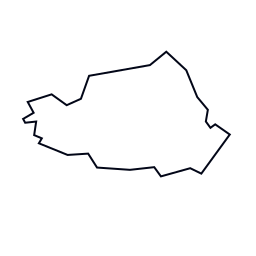 Rumbek Centre, Lakes, South Sudan, rotated 54°
{"feature_id": "79223893B15705410595049", "entity_name": "Rumbek Centre", "entity_type": "district", "adm_level": 2, "iso_a3": "SSD", "parent_name": "South Sudan", "parent_adm1": "Lakes", "projection": "equal_earth", "projection_center": [29.744, 6.986], "detail": "fine", "context": "isolated", "style": "outline", "palette": "ink", "viewbox_px": 256, "rotation_deg": 54, "n_neighbors": 0, "source": "geoboundaries", "source_scale": "gbopen_adm2", "svg_char_len": 500}
<svg xmlns="http://www.w3.org/2000/svg" viewBox="0 0 256 256"><g transform="rotate(54 128 128)"><path d="M88.0,209.1L114.3,192.7L125.3,175.3L141.8,176.3L163.0,151.0L175.1,129.8L186.5,129.8L197.1,101.3L208.0,95.5L193.1,49.5L176.3,55.3L176.3,61.2L168.5,61.2L160.2,52.7L143.7,53.8L115.5,46.9L88.8,52.2L90.0,73.3L62.9,128.8L76.7,148.9L73.5,164.2L55.9,170.0L48.0,193.8L60.2,195.4L59.0,207.5L63.3,208.1L68.8,198.5L78.6,208.1L85.7,203.8L88.0,209.1Z" fill="none" stroke="#020617" stroke-width="2"/></g></svg>